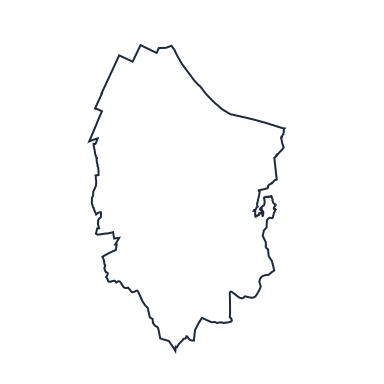 Luncavita, Tulcea, Romania (orthographic projection), rotated 350°
{"feature_id": "2599482B10547950725498", "entity_name": "Luncavita", "entity_type": "district", "adm_level": 2, "iso_a3": "ROU", "parent_name": "Romania", "parent_adm1": "Tulcea", "projection": "orthographic", "projection_center": [28.311, 45.281], "detail": "fine", "context": "isolated", "style": "outline", "palette": "slate", "viewbox_px": 384, "rotation_deg": 350, "n_neighbors": 0, "source": "geoboundaries", "source_scale": "gbopen_adm2", "svg_char_len": 5922}
<svg xmlns="http://www.w3.org/2000/svg" viewBox="0 0 384 384"><g transform="rotate(350 192 192)"><path d="M166.8,38.4L166.4,39.1L164.2,42.1L156.4,53.0L156.1,53.3L144.0,44.8L135.6,56.9L120.0,79.2L120.4,79.4L117.7,83.2L111.0,92.9L111.2,93.1L111.4,92.8L117.4,96.8L112.3,104.4L108.9,109.9L99.6,124.3L99.9,124.2L101.9,123.8L108.4,122.8L108.3,123.1L105.8,127.2L105.2,127.8L104.7,127.9L103.4,127.5L103.2,129.0L103.2,129.3L103.4,129.9L103.3,130.2L103.2,131.1L103.4,133.8L103.3,135.5L103.4,136.1L103.3,136.5L103.3,138.3L103.8,142.1L104.4,142.2L104.4,142.3L103.9,143.0L103.7,143.5L103.6,144.4L103.5,145.9L103.6,148.1L103.8,148.4L103.6,149.3L103.7,149.9L103.5,150.3L103.7,150.9L103.8,152.5L103.5,155.6L102.9,159.0L100.8,158.9L100.8,159.1L99.9,159.1L100.0,159.5L99.9,160.2L99.6,162.5L99.5,165.2L98.7,168.4L98.3,169.5L94.8,174.5L94.6,176.0L94.3,177.0L93.5,179.2L92.7,180.1L92.3,181.3L91.6,184.3L91.5,186.1L91.8,188.8L91.8,189.7L92.5,190.9L92.6,192.7L93.2,195.3L93.5,196.0L93.6,196.8L93.8,197.0L93.8,197.4L96.0,196.2L96.7,196.0L97.6,195.9L98.7,196.1L98.6,198.0L98.1,200.4L97.5,201.2L96.5,201.9L96.2,201.9L95.7,202.4L94.5,203.9L94.6,204.4L93.8,207.1L94.2,211.6L92.2,211.5L91.1,214.4L90.1,216.4L91.0,217.1L91.6,217.6L93.9,217.8L100.1,217.9L100.8,218.2L107.3,217.9L107.2,224.3L112.3,224.5L107.3,230.4L108.6,230.7L107.0,235.8L99.4,237.8L92.5,240.2L92.5,240.8L92.8,241.3L93.0,241.6L93.1,242.5L93.3,243.7L93.4,245.1L93.3,245.6L93.3,247.0L93.2,248.0L93.6,248.8L93.8,249.0L93.5,249.8L93.4,250.5L92.6,251.2L92.5,251.5L92.5,252.8L92.8,254.7L93.3,256.0L94.1,256.4L94.7,256.8L94.8,256.9L94.9,257.3L94.8,257.9L94.3,258.8L93.8,259.6L92.7,260.7L92.6,260.9L92.7,261.1L92.8,261.5L93.4,262.4L93.6,262.9L93.8,263.6L93.9,265.2L94.2,265.7L95.3,266.0L96.0,266.4L97.5,265.9L100.4,265.9L100.5,266.0L101.2,267.4L101.8,268.0L103.6,267.2L104.3,267.2L105.0,267.4L105.5,267.8L105.9,268.6L106.5,269.5L106.7,270.7L107.0,271.2L107.4,271.7L107.6,272.9L107.8,273.3L108.2,273.7L108.5,274.2L109.2,274.7L110.0,275.0L111.0,275.1L111.8,275.3L112.3,275.1L112.6,275.2L112.9,275.9L114.0,277.5L114.4,278.7L115.5,280.3L117.7,280.3L118.7,280.0L119.6,279.6L121.2,279.7L122.5,283.8L123.3,287.5L124.3,291.2L126.2,295.4L128.3,298.6L128.7,308.1L131.2,310.3L130.8,313.4L131.2,315.3L132.3,317.2L134.5,319.0L134.9,320.0L135.1,322.1L135.3,330.7L143.3,334.7L147.0,342.8L147.1,343.2L148.0,345.6L149.1,341.5L150.2,342.2L152.7,339.4L157.4,336.0L158.1,335.1L159.7,335.2L160.5,334.9L161.5,333.1L162.4,333.6L163.0,335.4L164.6,337.5L166.0,338.2L168.1,338.7L168.3,337.7L171.0,328.5L175.7,322.4L179.9,317.7L188.5,323.6L190.3,323.9L191.2,323.8L192.3,324.2L193.6,325.2L194.3,325.4L196.5,325.2L197.1,325.4L197.4,325.4L198.1,325.6L198.6,325.5L199.8,326.3L201.0,326.6L202.2,326.4L203.1,326.7L205.9,326.6L206.5,326.5L207.9,326.4L208.5,326.1L208.9,325.4L208.8,325.1L208.9,324.9L208.7,324.4L208.7,323.4L208.5,323.0L207.5,322.1L208.6,317.1L210.3,307.2L211.8,297.4L213.0,296.8L214.2,297.6L220.0,304.0L221.7,305.0L222.9,305.4L224.2,305.2L226.1,303.9L229.1,305.3L232.1,306.4L232.8,306.6L234.4,306.5L236.4,305.8L238.9,303.2L241.1,300.5L243.0,297.6L243.3,296.5L242.7,292.2L243.8,289.6L245.4,287.9L247.6,286.9L250.1,286.6L251.5,286.7L252.5,286.9L253.5,286.6L256.4,284.9L259.4,283.5L258.7,273.9L256.4,268.6L256.9,261.7L255.3,259.8L255.1,258.8L256.0,254.5L254.0,247.5L256.1,242.4L259.2,240.0L259.4,239.0L259.8,237.8L259.9,237.0L260.2,235.9L260.4,234.8L260.9,232.7L261.5,232.3L261.7,232.0L262.0,231.8L263.4,231.0L263.9,230.9L264.4,230.9L265.5,231.4L266.0,231.6L266.6,231.6L266.8,231.5L267.1,231.2L267.7,229.8L268.4,228.5L269.1,226.8L270.1,225.6L270.3,225.3L270.6,224.6L271.4,223.7L271.0,223.2L269.7,222.8L269.7,222.4L269.9,221.8L270.2,221.3L272.2,219.1L270.5,217.3L270.2,216.8L269.7,214.2L269.8,213.9L270.0,213.5L270.1,213.0L269.7,211.8L269.5,210.5L269.5,209.8L268.8,209.8L268.7,210.4L266.5,209.8L266.1,210.3L265.9,210.3L264.9,209.7L264.4,209.6L264.2,209.8L263.9,209.8L263.0,209.7L262.6,209.8L262.1,210.0L261.8,210.2L261.8,210.4L261.9,210.8L262.0,211.8L261.9,212.6L262.0,212.8L261.9,214.2L261.6,215.1L261.3,216.3L260.5,217.6L260.1,217.8L259.6,218.0L258.4,218.6L258.0,219.0L257.3,219.3L256.2,220.4L256.4,220.7L256.0,221.1L256.4,221.5L257.1,220.8L257.6,219.7L257.8,219.7L257.9,219.8L257.8,220.3L257.7,221.2L257.8,221.9L258.0,222.3L257.8,222.6L257.7,223.3L257.8,223.4L258.6,223.6L258.7,223.8L258.7,224.1L258.7,224.5L258.6,225.0L258.2,225.0L257.7,225.7L257.7,225.9L258.0,226.2L258.0,226.7L258.1,227.2L258.0,227.4L257.9,227.7L257.4,227.8L257.4,227.2L257.4,226.4L257.3,226.2L257.3,224.7L257.1,224.0L257.0,223.8L256.7,224.1L255.6,224.9L255.4,225.0L254.6,224.6L254.0,225.7L254.2,225.8L254.1,226.0L253.9,226.0L253.6,226.1L253.5,226.4L252.7,226.5L252.4,226.6L251.8,226.4L251.3,226.6L251.4,226.9L251.4,227.0L251.1,227.1L250.7,227.1L250.5,227.4L250.1,227.3L250.3,224.8L250.5,224.1L251.0,221.3L250.6,221.2L249.5,221.2L249.4,221.2L249.6,220.8L250.1,220.6L250.7,220.6L251.2,220.5L251.8,220.0L252.9,218.5L254.2,217.8L253.9,216.6L253.9,215.5L254.1,214.6L255.1,212.8L255.6,211.2L257.6,206.7L258.2,204.9L258.8,203.1L258.8,202.8L258.7,202.6L258.2,202.6L258.0,202.4L258.0,201.9L259.0,201.9L264.4,201.7L265.7,201.4L266.8,201.5L267.5,201.0L267.7,200.6L267.7,200.0L267.9,199.5L268.3,198.9L268.8,198.5L270.0,198.0L271.1,197.7L272.0,196.9L272.4,196.9L272.6,197.1L274.1,195.8L275.4,194.9L276.3,194.6L277.6,194.5L279.0,172.7L279.8,172.2L281.7,171.0L281.9,170.7L281.5,170.4L282.0,169.8L282.6,170.1L285.5,167.7L286.3,167.3L287.8,166.1L288.9,165.0L290.0,164.2L290.0,163.4L289.8,162.4L289.7,161.5L289.3,159.8L289.3,158.4L289.3,154.4L289.1,154.3L289.6,153.2L290.1,153.4L291.1,151.7L291.6,151.0L292.2,150.7L293.7,145.5L293.9,145.4L291.9,144.7L289.7,143.5L274.9,135.9L266.5,131.9L258.6,128.4L243.2,122.0L235.6,115.4L233.1,112.0L230.0,108.4L223.2,98.5L220.0,92.5L218.9,90.2L216.4,86.9L213.7,82.8L204.5,64.5L201.3,55.7L200.4,52.8L199.3,48.7L197.1,44.4L191.4,45.5L184.3,44.5L181.3,48.9L166.8,38.4Z" fill="none" stroke="#1e293b" stroke-width="2"/></g></svg>